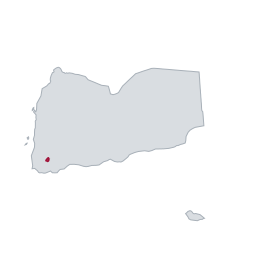 location of Hayfan, Ta`izz, Yemen, rotated 15°
{"feature_id": "15242507B40276066562734", "entity_name": "Hayfan", "entity_type": "district", "adm_level": 2, "iso_a3": "YEM", "parent_name": "Yemen", "parent_adm1": "Ta`izz", "projection": "equal_earth", "projection_center": [44.261, 13.291], "detail": "fine", "context": "in_parent", "style": "filled", "palette": "rose", "viewbox_px": 256, "rotation_deg": 15, "n_neighbors": 0, "source": "geoboundaries", "source_scale": "gbopen_adm2", "svg_char_len": 3348}
<svg xmlns="http://www.w3.org/2000/svg" viewBox="0 0 256 256"><g transform="rotate(15 128 128)"><path d="M200.7,106.2L192.7,110.0L190.6,111.8L188.6,113.9L187.2,116.5L186.3,121.2L187.1,125.4L187.1,127.7L185.0,129.2L183.0,130.3L180.9,132.0L179.5,132.4L178.5,133.7L177.2,134.7L172.7,137.1L167.8,138.9L159.9,141.2L156.9,143.6L154.1,145.2L149.9,145.7L144.1,148.0L140.9,149.9L136.9,152.9L136.1,153.8L135.4,156.0L134.1,157.9L131.8,161.1L130.0,162.7L128.8,162.8L126.4,163.6L123.6,163.8L119.0,162.7L117.8,163.5L116.8,164.7L113.2,166.9L109.6,171.2L106.9,172.3L102.6,173.6L99.5,175.4L97.5,176.2L94.9,176.5L90.0,176.3L85.4,177.0L81.2,178.2L79.2,180.5L76.9,184.1L73.2,185.6L72.3,187.0L71.1,189.6L68.7,190.3L66.5,190.8L64.3,189.6L60.1,192.8L58.5,193.4L56.1,193.5L54.3,194.2L53.1,194.0L51.6,192.7L48.3,191.2L45.9,192.2L45.7,189.1L41.8,179.8L42.6,171.6L42.6,170.5L41.8,166.9L39.5,163.5L39.6,159.3L38.8,156.3L38.2,153.2L38.4,152.4L38.4,151.7L37.2,146.9L36.8,146.0L36.7,145.0L37.1,144.2L37.1,143.3L36.4,141.9L35.8,139.1L32.6,136.9L33.2,134.9L33.8,135.6L34.7,136.2L34.9,134.9L34.9,133.9L33.6,127.8L35.6,119.6L34.9,112.2L37.9,109.2L38.7,108.3L39.1,107.5L39.9,105.8L40.8,105.3L41.2,103.5L41.2,102.6L40.5,101.9L40.1,99.8L40.2,97.2L40.4,96.1L40.7,94.1L41.8,93.4L42.0,92.8L41.2,91.5L41.3,90.8L43.1,88.7L43.8,88.1L44.9,87.4L45.8,87.4L46.9,87.8L47.8,88.4L48.7,89.4L49.7,90.7L51.1,91.1L52.1,91.0L53.0,91.5L53.6,91.3L54.4,90.6L55.7,90.7L56.8,90.0L60.0,89.6L63.1,89.8L66.3,89.2L69.5,89.3L72.8,89.3L73.5,89.4L74.2,89.8L76.9,91.7L79.0,92.0L83.2,92.5L87.6,93.1L91.5,93.6L94.8,93.1L97.5,92.8L98.2,92.8L99.0,94.0L100.7,96.9L102.2,99.6L104.9,99.7L106.7,98.7L108.6,97.3L109.7,96.2L111.0,91.7L111.9,88.9L113.9,85.7L115.5,83.0L117.7,79.4L118.9,77.5L121.3,73.6L123.6,72.1L128.0,69.1L132.4,66.3L135.2,64.4L137.6,63.6L141.6,62.8L146.4,62.0L151.1,61.1L156.2,60.2L161.8,59.2L165.7,58.5L170.6,57.6L174.7,56.8L178.4,56.2L182.1,55.5L182.9,57.6L183.6,59.8L184.4,61.9L185.1,64.1L185.8,66.2L186.6,68.4L187.3,70.6L188.1,72.7L188.8,74.9L189.6,77.0L190.3,79.2L191.1,81.3L191.8,83.5L192.6,85.6L193.3,87.8L194.0,90.0L194.8,92.1L195.9,92.8L196.7,94.8L197.7,97.6L198.7,100.5L199.7,103.3L200.7,106.2ZM213.0,193.6L214.0,193.8L215.5,193.1L219.9,193.0L225.2,195.4L224.2,196.0L223.6,196.9L221.3,197.7L219.0,199.6L212.4,200.5L210.4,200.0L208.8,198.2L205.8,195.8L206.9,194.3L207.2,193.6L207.6,193.0L209.3,191.8L210.9,192.0L213.0,193.6ZM34.6,164.4L34.4,164.9L34.1,164.8L33.1,163.6L34.2,162.3L34.8,163.5L34.6,164.4ZM31.5,135.4L31.0,135.9L30.8,135.0L31.2,133.1L31.7,132.6L32.0,134.0L31.8,134.8L31.5,135.4ZM34.1,170.2L33.0,170.9L33.7,169.2L34.5,168.8L34.1,170.2Z" fill="#d9dde1" stroke="#a8b0b8" stroke-width="1"/><path d="M57.8,179.3L57.8,179.5L57.7,179.7L57.6,179.8L57.4,179.8L57.3,180.0L57.3,180.3L57.2,180.3L57.2,180.6L57.2,180.8L57.3,180.8L57.5,180.8L57.8,180.9L58.0,180.9L58.3,180.9L58.5,180.9L58.7,181.0L58.8,181.1L59.0,181.1L59.3,180.9L59.3,180.7L59.5,180.6L59.7,180.4L59.7,180.2L59.8,180.0L59.8,179.9L59.8,179.6L59.7,179.6L59.7,179.4L59.6,179.2L59.6,178.9L59.6,178.7L59.7,178.4L59.4,178.4L59.3,178.6L59.2,178.6L58.9,178.5L58.9,178.4L58.8,178.2L58.7,178.1L58.8,178.0L58.7,177.9L58.8,177.8L58.8,177.7L58.8,177.4L58.7,177.4L58.5,177.5L58.4,177.8L58.4,178.0L58.2,178.2L58.2,178.3L57.9,178.4L57.8,178.5L57.9,178.8L57.9,179.0L57.8,179.3L57.8,179.3Z" fill="#f43f5e" stroke="#9f1239" stroke-width="1.5"/></g></svg>